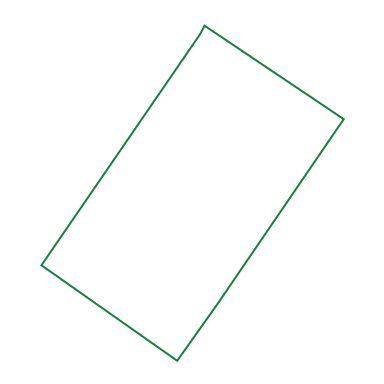 outline of Cumberland, Illinois, United States of America, rotated 305°
{"feature_id": "52423323B3228002830897", "entity_name": "Cumberland", "entity_type": "district", "adm_level": 2, "iso_a3": "USA", "parent_name": "United States of America", "parent_adm1": "Illinois", "projection": "albers", "projection_center": [-88.294, 39.275], "detail": "fine", "context": "isolated", "style": "outline", "palette": "green", "viewbox_px": 384, "rotation_deg": 305, "n_neighbors": 0, "source": "geoboundaries", "source_scale": "gbopen_adm2", "svg_char_len": 270}
<svg xmlns="http://www.w3.org/2000/svg" viewBox="0 0 384 384"><g transform="rotate(305 192 192)"><path d="M115.1,277.1L338.7,274.5L335.4,106.9L326.3,108.1L45.6,110.7L45.3,241.1L45.3,276.7L47.5,276.7L115.1,277.1Z" fill="none" stroke="#15803d" stroke-width="2"/></g></svg>